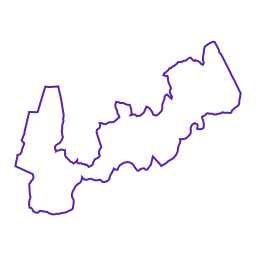 outline of Emgwen, Rift Valley, Kenya
{"feature_id": "3690345B72129784812762", "entity_name": "Emgwen", "entity_type": "district", "adm_level": 2, "iso_a3": "KEN", "parent_name": "Kenya", "parent_adm1": "Rift Valley", "projection": "equal_earth", "projection_center": [35.105, 0.189], "detail": "fine", "context": "isolated", "style": "outline", "palette": "violet", "viewbox_px": 256, "rotation_deg": 0, "n_neighbors": 0, "source": "geoboundaries", "source_scale": "gbopen_adm2", "svg_char_len": 5845}
<svg xmlns="http://www.w3.org/2000/svg" viewBox="0 0 256 256"><path d="M147.2,169.7L150.9,164.6L152.9,156.5L159.8,164.0L161.3,166.0L161.9,165.5L163.2,164.8L163.9,164.5L164.6,164.0L165.2,163.8L165.8,163.5L166.4,162.9L167.1,162.2L167.6,161.8L168.0,161.5L168.4,161.1L168.9,160.7L169.3,160.5L170.3,160.1L171.5,159.3L172.6,158.6L173.2,158.1L173.9,157.5L174.5,156.8L175.0,156.1L175.4,155.7L175.9,155.2L176.3,154.5L176.6,153.8L176.9,153.0L177.3,152.3L177.7,151.4L177.8,150.5L177.9,149.6L178.0,148.6L178.2,147.5L178.7,145.7L179.5,143.9L179.9,143.0L180.2,142.0L180.2,141.2L180.2,140.3L179.9,139.1L181.6,139.2L183.4,139.1L185.1,138.7L185.6,138.5L186.0,138.3L187.2,137.4L187.6,137.0L189.3,135.2L190.1,134.2L190.5,133.5L190.8,131.9L190.9,131.2L190.8,130.5L190.6,128.9L190.7,128.1L191.2,126.4L192.2,124.7L194.6,123.1L195.2,123.3L195.7,123.8L196.1,124.0L196.6,124.1L197.3,124.1L197.6,125.3L197.6,126.0L197.3,128.1L197.1,128.8L197.8,129.1L200.4,129.2L201.6,129.0L202.5,128.5L203.1,128.2L203.6,127.7L203.7,126.9L203.7,126.2L203.7,125.5L203.8,124.7L203.8,123.9L203.4,121.6L203.2,120.7L202.9,120.0L202.3,118.5L202.1,117.7L201.9,116.9L202.6,116.5L203.5,116.1L204.3,115.7L204.9,115.2L206.2,114.0L206.9,113.4L207.5,113.3L208.2,113.4L208.6,113.5L209.1,113.7L209.9,113.7L210.6,113.8L211.2,113.6L211.8,113.6L212.3,113.8L213.0,114.0L214.2,114.6L214.8,114.4L215.5,114.5L216.4,114.3L218.3,113.8L219.9,113.5L220.8,113.2L221.5,113.0L222.5,112.2L223.4,112.6L224.0,112.7L224.6,112.8L227.3,112.7L227.9,112.7L229.9,113.0L231.4,112.4L231.6,111.7L231.8,110.8L232.2,110.2L232.8,109.8L233.7,109.1L234.2,108.6L235.5,107.4L236.9,106.6L237.5,106.2L238.2,105.5L238.7,104.8L239.1,104.0L239.3,102.9L239.3,102.1L239.3,101.2L239.4,100.3L239.5,99.3L240.0,97.8L240.1,97.0L240.2,96.0L240.6,93.3L239.9,91.6L239.4,90.9L238.8,89.6L237.4,86.7L237.1,86.1L234.8,81.3L232.9,77.6L231.8,75.7L231.2,74.2L228.6,69.0L226.6,65.2L223.9,59.8L223.3,58.4L222.9,57.9L220.9,53.9L219.4,52.7L219.0,50.6L218.8,49.9L218.5,49.2L214.7,42.1L213.3,41.7L211.7,42.3L210.1,43.0L207.2,44.8L204.8,46.7L204.1,49.4L203.8,51.8L203.6,53.9L203.1,55.9L202.9,58.8L203.3,61.3L203.7,63.0L202.9,64.8L202.3,64.6L201.0,63.8L199.7,62.2L198.1,61.2L195.3,60.2L194.9,60.9L193.2,60.4L192.7,60.0L191.9,59.0L190.6,57.6L189.0,58.0L187.4,59.3L185.7,60.6L183.4,60.9L181.9,61.9L178.0,62.2L176.7,63.8L175.2,65.1L173.5,66.0L172.1,66.8L170.9,68.2L169.5,68.3L167.5,71.0L165.6,72.4L164.0,73.6L163.4,75.2L165.1,75.8L166.6,76.0L167.6,76.2L167.9,77.7L168.0,79.5L168.3,81.2L169.0,83.7L170.1,85.9L171.1,88.2L169.9,90.3L169.8,92.5L172.1,97.1L171.4,98.7L167.0,94.5L165.5,95.3L164.7,96.5L164.4,98.9L162.3,104.4L162.3,108.4L161.6,110.9L160.0,112.6L158.3,114.3L156.4,115.5L155.1,115.3L153.2,114.7L152.6,112.9L151.7,111.3L150.6,109.7L149.4,108.3L148.0,107.3L146.4,106.6L145.2,109.4L144.0,112.3L140.2,115.7L138.3,115.8L136.7,116.1L135.4,114.7L133.9,114.4L132.4,114.8L130.6,115.2L131.6,113.2L131.4,111.4L131.2,109.5L129.9,105.1L128.7,104.8L126.9,104.7L125.1,103.9L123.7,103.1L122.2,103.0L120.1,103.0L118.3,102.1L116.7,101.9L116.2,101.8L115.4,104.2L115.4,106.2L115.7,108.0L117.1,110.3L117.5,113.4L118.8,115.4L119.4,117.2L119.0,117.4L116.4,119.8L115.4,120.7L115.0,121.0L113.7,121.9L111.8,122.3L110.3,122.2L108.7,122.5L105.6,124.2L104.1,124.1L103.4,123.9L102.0,123.3L101.3,123.0L99.6,123.1L100.3,125.4L99.9,127.0L99.0,128.4L97.1,129.6L96.5,131.8L97.2,134.3L97.8,136.5L98.5,138.5L99.3,141.2L101.4,147.2L99.7,149.4L99.0,151.8L99.0,153.8L99.9,155.5L98.9,157.2L96.7,158.5L94.9,159.2L93.4,161.9L92.8,164.2L91.3,165.7L88.7,166.9L87.0,164.8L85.5,165.0L84.5,164.0L83.1,164.3L81.3,163.2L79.2,163.5L77.3,162.8L77.2,160.2L76.1,161.7L74.9,162.5L73.6,163.5L72.1,162.2L70.3,161.5L68.9,159.8L67.5,158.6L66.1,157.1L65.0,154.9L65.1,152.3L65.1,150.3L62.7,149.8L60.6,149.6L59.2,150.4L57.0,150.6L56.0,151.5L55.1,148.6L55.0,146.6L55.6,145.8L56.6,144.8L58.0,143.9L59.3,143.3L60.8,141.6L62.2,139.1L62.9,136.6L62.2,134.9L62.0,132.6L61.7,130.8L62.2,129.1L62.2,125.6L63.4,121.3L63.5,120.5L63.1,119.1L63.6,116.4L63.6,115.4L63.6,114.3L63.3,112.5L62.9,110.3L62.4,107.5L62.1,105.1L61.7,102.9L60.8,97.6L60.5,96.0L60.1,94.3L59.5,92.1L59.1,90.0L58.4,87.3L58.3,86.4L56.1,86.7L55.3,86.6L50.4,87.0L48.4,87.1L47.8,87.0L45.4,86.5L40.4,102.8L37.7,112.0L36.3,112.2L35.6,112.2L32.2,112.1L29.2,111.9L28.1,116.9L27.8,118.3L27.3,119.2L27.4,119.8L26.5,123.6L24.4,132.3L24.3,133.2L24.5,133.9L23.8,135.1L23.5,135.6L22.2,139.1L21.8,139.7L21.7,140.4L22.1,140.8L22.6,141.6L23.1,142.3L24.2,142.9L24.0,144.1L23.5,145.7L22.8,147.3L22.5,148.0L22.3,148.8L21.8,150.9L21.6,151.5L21.4,152.1L20.5,153.9L20.0,154.1L18.9,154.6L18.4,155.0L17.3,155.2L17.4,156.1L17.3,157.0L16.1,162.3L15.4,166.2L32.7,174.1L33.5,176.9L33.1,179.1L31.4,180.8L30.4,182.7L29.2,184.0L29.6,190.1L29.9,194.5L30.5,197.1L29.5,200.3L29.0,202.9L29.2,205.4L29.6,207.7L30.9,207.8L31.6,208.4L32.2,209.0L32.9,210.3L33.2,211.3L34.5,211.9L35.0,212.3L35.6,212.5L37.8,212.8L39.9,210.8L43.0,211.4L45.1,211.6L46.4,211.9L46.9,212.0L47.5,212.0L48.7,213.2L50.5,213.6L52.1,214.3L54.8,214.3L56.6,213.8L59.4,213.8L61.1,213.2L62.8,212.9L64.4,212.7L66.3,212.2L66.9,211.9L68.3,211.1L69.0,210.8L71.4,209.8L72.8,208.6L73.1,206.5L73.5,204.2L73.7,201.9L73.6,199.7L72.1,197.2L71.9,194.1L72.6,191.8L73.6,189.8L74.7,187.9L75.9,185.7L77.8,184.1L79.9,182.9L81.0,181.5L81.6,180.1L82.0,177.1L83.5,179.0L85.8,179.8L87.7,179.6L89.1,179.0L90.7,178.6L92.9,179.6L95.7,180.4L98.1,180.2L100.1,179.7L101.4,180.7L102.6,182.0L104.7,182.0L106.9,181.2L108.5,180.3L109.6,178.2L109.9,176.2L110.8,174.6L111.8,172.8L112.3,171.7L113.2,170.3L113.8,168.6L115.0,169.3L116.0,169.6L117.5,169.8L118.3,167.8L118.8,166.7L120.0,165.1L120.6,164.8L121.7,164.1L124.6,162.5L125.9,162.4L127.2,162.1L128.6,162.2L129.0,162.3L131.3,163.1L131.9,163.5L133.2,164.7L134.4,166.5L135.8,168.8L137.5,170.7L139.0,170.5L140.6,169.0L142.6,168.4L144.3,168.4L145.6,169.7L147.2,169.7Z" fill="none" stroke="#5b21b6" stroke-width="2"/></svg>